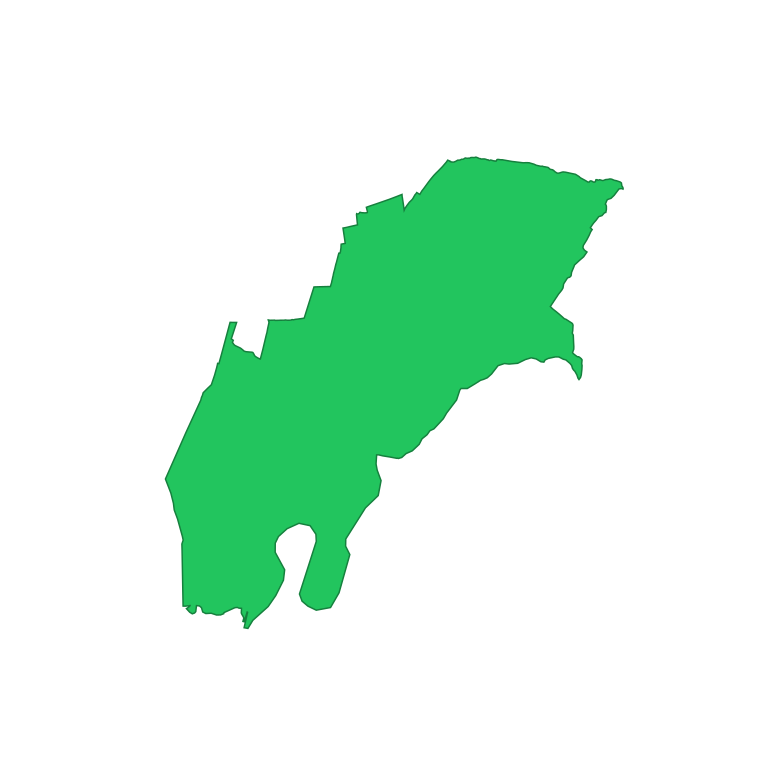 the district of Sibot, Alba, Romania, rotated 122°
{"feature_id": "2599482B82824801071491", "entity_name": "Sibot", "entity_type": "district", "adm_level": 2, "iso_a3": "ROU", "parent_name": "Romania", "parent_adm1": "Alba", "projection": "robinson", "projection_center": [23.303, 45.942], "detail": "fine", "context": "isolated", "style": "filled", "palette": "green", "viewbox_px": 768, "rotation_deg": 122, "n_neighbors": 0, "source": "geoboundaries", "source_scale": "gbopen_adm2", "svg_char_len": 6126}
<svg xmlns="http://www.w3.org/2000/svg" viewBox="0 0 768 768"><g transform="rotate(122 384 384)"><path d="M663.4,369.9L653.9,370.0L634.1,364.3L620.7,363.7L603.7,365.3L594.2,369.8L584.4,387.1L576.6,391.9L569.3,392.7L558.0,389.5L547.2,382.3L543.3,371.6L547.5,362.1L553.4,358.0L606.9,344.4L611.6,338.4L612.7,330.8L611.7,321.6L601.9,310.9L584.9,311.5L546.8,322.6L541.9,330.6L535.7,334.3L498.9,334.1L481.7,329.8L467.5,335.3L460.7,344.1L456.0,348.4L448.0,352.7L446.9,350.9L445.6,347.0L442.9,340.6L440.2,333.7L439.8,333.4L439.6,332.4L436.9,330.0L431.3,328.4L425.7,324.6L416.5,322.2L410.3,322.7L404.2,320.6L399.3,320.3L395.6,317.9L382.1,315.3L375.4,315.5L359.1,314.0L348.9,316.5L347.0,316.3L343.7,311.0L335.6,306.9L329.7,304.1L327.3,302.0L324.0,299.7L318.5,298.1L308.0,297.0L302.8,292.7L300.8,288.5L295.6,281.6L288.4,277.1L283.8,273.1L282.1,268.2L282.0,262.7L280.7,260.0L278.2,260.1L275.2,258.2L270.1,252.9L268.4,250.0L268.0,245.1L267.2,242.6L268.0,237.1L268.9,234.6L270.9,232.4L271.7,230.6L272.1,228.8L274.1,225.2L276.3,222.5L276.9,221.0L274.3,220.8L271.8,221.5L267.0,223.8L263.4,225.8L262.0,227.1L258.6,228.8L258.0,230.1L257.7,232.4L257.8,233.5L258.4,234.4L258.3,236.2L257.9,239.8L257.3,240.8L254.0,241.5L251.6,242.9L248.2,245.3L242.2,249.4L241.4,250.9L241.0,251.3L238.8,252.2L233.9,254.9L233.1,255.9L232.8,256.8L232.7,264.0L233.1,265.6L231.9,272.5L230.9,280.9L230.2,284.0L215.2,283.6L210.3,283.0L207.7,283.1L203.9,284.7L196.9,284.6L196.1,284.1L195.0,283.1L193.1,282.7L189.9,284.1L183.9,285.1L182.1,285.5L175.5,283.7L170.3,282.1L164.5,281.8L164.3,284.9L163.7,286.3L162.9,287.6L160.8,288.4L154.6,288.4L149.4,288.8L145.3,289.4L142.7,289.3L142.2,291.8L138.6,291.7L136.1,291.5L132.6,290.9L128.3,290.6L125.7,288.4L121.8,287.7L121.0,286.8L118.1,287.9L115.4,289.6L114.5,290.6L114.2,291.6L110.0,292.3L109.7,292.3L108.7,291.9L106.3,289.9L102.0,288.8L94.2,288.1L93.7,287.7L93.1,287.0L92.3,285.9L92.1,284.6L91.5,284.8L90.9,285.4L90.4,286.2L89.9,287.3L87.7,289.2L87.5,290.5L87.8,292.0L88.4,294.5L89.3,297.0L89.5,298.7L89.7,299.6L90.2,300.7L90.4,301.1L91.5,302.2L92.1,302.9L93.1,304.3L95.1,305.8L95.6,306.4L95.8,306.9L96.0,307.6L96.2,308.4L96.5,309.4L97.0,309.8L97.6,310.3L97.8,310.6L97.8,311.6L98.4,312.5L99.3,312.3L100.0,312.0L100.5,312.0L101.1,312.5L101.5,312.7L101.7,313.1L101.8,314.0L101.8,314.9L102.0,315.9L102.1,316.2L102.5,316.6L103.0,316.9L103.4,317.0L104.2,317.1L104.5,317.8L104.7,318.1L104.7,320.7L105.0,325.8L105.0,326.9L104.9,327.8L104.7,328.4L104.7,329.4L104.7,331.9L104.7,332.7L105.0,333.6L106.3,337.1L108.1,342.1L109.2,344.4L109.7,345.0L110.8,346.0L111.8,346.8L112.4,347.4L113.0,348.1L113.3,348.8L113.4,349.3L113.4,351.4L113.0,353.4L113.0,354.4L113.1,354.9L113.5,355.9L113.8,356.6L113.8,357.2L113.4,359.4L113.6,360.2L113.9,361.0L114.5,362.6L115.1,363.9L115.4,365.3L116.2,366.2L117.8,370.8L118.1,373.3L119.5,378.2L120.8,380.5L122.6,383.1L127.5,393.5L131.1,402.4L132.0,403.9L133.0,406.1L133.2,406.5L133.4,406.6L133.7,407.0L134.0,407.1L135.3,407.0L135.7,407.1L135.9,407.4L136.1,407.9L136.0,408.2L136.3,408.4L136.5,408.8L137.5,412.2L137.8,412.5L138.6,413.0L138.8,413.5L138.7,414.5L138.8,414.8L139.2,415.2L139.3,415.9L139.4,416.7L140.1,418.5L140.4,418.8L141.2,420.1L141.7,420.7L141.8,421.7L142.4,423.0L142.4,423.5L142.4,424.1L142.7,425.5L142.9,426.3L143.4,426.7L144.4,427.8L144.7,428.5L145.5,429.8L146.3,430.7L147.4,431.2L147.6,431.6L147.7,432.1L148.0,432.5L148.5,432.9L148.7,433.3L148.9,434.0L149.1,434.6L149.3,434.8L149.8,435.2L150.2,435.4L150.8,435.6L151.2,435.8L151.6,436.1L152.1,437.1L152.3,437.3L153.4,438.0L154.2,438.7L154.6,439.3L155.1,440.1L157.0,441.1L158.7,442.3L159.1,442.8L159.8,444.1L160.3,445.6L160.3,446.0L160.0,446.0L160.4,448.6L162.7,448.7L168.6,449.6L174.6,450.9L177.4,451.6L180.8,452.3L185.2,452.9L189.2,453.3L197.5,453.9L200.2,454.2L204.2,454.1L204.3,457.7L205.5,457.7L207.3,458.0L211.6,457.8L213.2,458.0L216.4,458.8L219.9,459.1L223.9,459.3L225.9,459.0L221.8,462.4L219.5,464.4L216.2,467.2L215.5,467.9L213.7,469.2L218.3,472.6L224.5,477.3L235.8,486.4L240.3,490.1L243.5,492.6L246.3,489.7L247.2,489.1L247.4,489.0L247.7,489.1L249.2,491.1L249.6,492.0L250.2,493.0L250.5,493.6L250.8,494.5L251.0,495.2L251.1,495.3L251.3,495.5L252.3,495.4L253.1,495.8L253.3,496.0L254.0,496.8L254.1,497.1L254.1,497.4L254.9,497.1L260.0,493.2L263.1,490.8L272.2,500.0L273.5,501.4L281.1,494.9L285.3,491.4L288.1,494.4L289.9,493.5L291.4,492.6L292.1,492.3L293.3,491.8L294.8,491.1L296.3,490.7L296.9,491.6L298.1,491.3L306.3,488.7L307.9,488.3L309.4,487.8L312.3,486.8L316.9,485.4L319.7,484.3L320.6,484.1L321.0,483.9L323.2,483.1L324.3,482.8L325.4,482.3L329.1,481.3L329.8,481.1L330.5,482.3L336.3,491.1L338.8,494.8L370.4,486.6L371.5,487.8L374.8,491.7L375.9,493.1L376.6,493.9L377.7,495.0L378.0,495.9L378.1,496.1L379.0,496.7L379.3,497.1L379.9,497.8L381.1,499.7L381.5,500.5L382.0,501.6L382.6,502.2L383.7,503.9L384.6,505.3L385.0,505.9L385.3,506.3L387.3,509.3L387.8,510.2L387.8,510.6L388.7,511.9L389.6,513.3L390.2,514.2L390.5,514.8L390.8,515.6L390.9,515.9L391.0,516.1L391.4,515.7L392.1,514.7L392.9,514.1L399.0,511.9L402.0,510.7L402.4,510.5L402.9,510.4L404.9,509.8L419.4,504.9L428.4,502.1L428.5,502.2L428.6,503.0L428.8,505.0L428.8,507.6L428.6,508.4L428.4,509.0L427.6,510.2L427.5,510.5L427.0,511.3L426.8,512.0L427.0,512.8L429.3,517.3L429.7,518.1L430.2,519.8L430.2,520.3L429.9,521.9L429.6,524.7L430.1,529.0L430.3,530.6L430.1,532.1L429.6,533.3L429.0,534.6L426.8,535.0L426.7,537.4L409.9,541.6L413.3,547.2L444.1,537.8L454.2,534.8L454.6,536.0L455.1,535.9L455.4,535.7L459.0,534.5L466.1,532.4L476.1,530.0L480.3,531.1L487.2,532.7L490.1,531.9L492.0,531.7L494.8,530.8L530.4,526.2L580.4,519.0L589.4,507.0L596.7,499.4L602.0,495.1L607.9,487.5L620.0,474.3L622.8,471.6L626.8,470.6L631.9,467.2L678.8,436.7L677.7,434.8L676.5,433.3L675.5,431.8L674.1,430.8L677.0,431.5L679.2,432.5L680.5,427.8L680.5,424.8L678.6,423.3L676.8,423.0L671.3,425.6L670.0,422.9L670.4,420.3L673.4,416.9L673.1,413.5L670.0,409.1L668.6,403.5L666.4,400.2L663.7,398.2L662.7,398.6L652.7,391.9L651.2,390.0L650.9,388.1L649.7,386.0L653.8,383.7L654.7,382.4L655.8,380.3L656.7,378.9L660.1,377.8L659.7,376.6L649.9,379.2L649.9,378.7L664.8,373.5L663.4,369.9Z" fill="#22c55e" stroke="#15803d" stroke-width="1.5"/></g></svg>